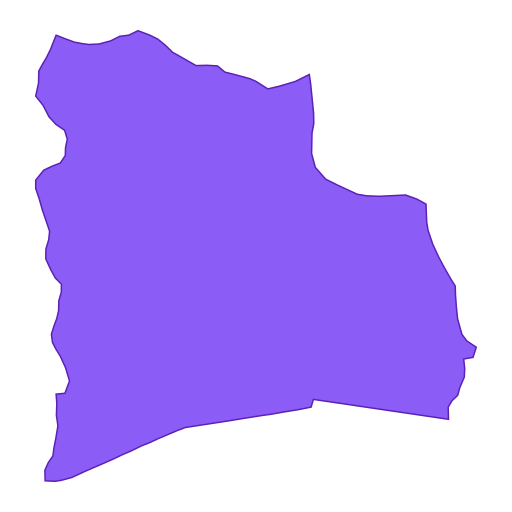 Cajueiro da Praia, Piauí, Brazil (Natural Earth projection)
{"feature_id": "56859067B66814431717617", "entity_name": "Cajueiro da Praia", "entity_type": "district", "adm_level": 2, "iso_a3": "BRA", "parent_name": "Brazil", "parent_adm1": "Piauí", "projection": "natural_earth1", "projection_center": [-41.374, -2.991], "detail": "fine", "context": "isolated", "style": "filled", "palette": "violet", "viewbox_px": 512, "rotation_deg": 0, "n_neighbors": 0, "source": "geoboundaries", "source_scale": "gbopen_adm2", "svg_char_len": 1702}
<svg xmlns="http://www.w3.org/2000/svg" viewBox="0 0 512 512"><path d="M309.3,74.5L295.2,81.5L286.8,84.0L278.6,86.4L267.8,88.9L255.7,81.2L249.6,78.6L233.3,74.2L224.9,72.1L217.5,65.9L206.9,65.3L196.1,65.6L188.3,61.2L178.9,55.8L172.6,52.3L165.4,45.3L157.8,39.1L149.9,35.2L138.0,30.7L128.6,35.2L119.7,36.3L110.6,40.9L99.0,44.0L89.1,44.5L82.1,43.6L74.3,42.1L65.3,38.8L56.1,35.2L50.5,49.4L46.5,57.5L42.8,63.7L38.8,71.0L38.5,83.2L35.7,96.1L43.1,105.4L49.0,116.8L55.8,124.3L64.6,130.3L67.3,139.2L65.5,147.9L65.3,155.5L60.3,163.0L52.1,166.2L43.8,170.1L35.7,180.1L35.7,188.5L39.2,198.8L42.4,210.1L46.6,222.3L49.6,231.3L48.7,239.7L45.9,249.1L45.8,258.9L50.7,269.6L55.4,278.1L61.4,284.1L61.3,292.2L58.8,300.8L58.6,310.6L56.8,318.4L53.9,326.2L51.4,334.3L52.5,342.5L55.8,348.9L60.3,356.2L65.5,367.6L69.5,381.0L64.9,393.3L56.1,394.1L56.8,403.4L56.4,415.3L57.9,425.8L55.8,438.5L53.9,448.1L52.9,455.9L48.3,462.6L44.9,470.2L45.1,480.8L55.0,481.3L61.4,480.3L71.8,477.5L83.8,471.9L92.0,468.3L99.0,465.3L105.7,462.4L113.8,458.8L122.1,454.8L131.6,450.7L141.6,445.8L150.2,442.4L157.6,438.9L165.4,435.6L176.9,430.7L185.4,427.5L233.3,420.1L244.9,418.2L263.3,415.3L270.3,414.4L283.7,412.0L298.6,409.6L311.1,407.1L313.4,399.4L448.5,419.3L448.2,407.1L452.1,400.6L457.7,395.3L459.8,387.6L464.3,377.1L464.7,368.5L463.7,359.0L473.0,357.4L476.3,347.3L466.7,340.8L461.9,334.3L457.6,318.9L456.3,306.2L455.5,294.8L455.2,285.9L451.4,280.0L444.7,268.3L438.7,257.0L432.8,244.3L428.1,230.5L426.7,222.0L426.0,204.1L416.9,199.1L405.6,195.0L379.6,196.3L366.6,195.8L357.1,194.2L337.1,184.9L325.7,179.2L315.3,167.4L311.6,153.5L312.0,133.2L313.8,123.5L313.6,113.2L310.7,84.3L309.3,74.5Z" fill="#8b5cf6" stroke="#5b21b6" stroke-width="1.5"/></svg>